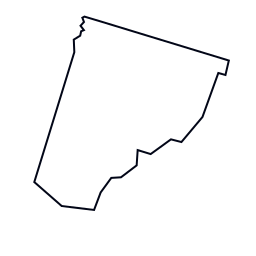 Gilpin, Colorado, United States of America (orthographic projection), rotated 287°
{"feature_id": "52423323B33971175685434", "entity_name": "Gilpin", "entity_type": "district", "adm_level": 2, "iso_a3": "USA", "parent_name": "United States of America", "parent_adm1": "Colorado", "projection": "orthographic", "projection_center": [-105.517, 39.842], "detail": "fine", "context": "isolated", "style": "outline", "palette": "ink", "viewbox_px": 256, "rotation_deg": 287, "n_neighbors": 0, "source": "geoboundaries", "source_scale": "gbopen_adm2", "svg_char_len": 458}
<svg xmlns="http://www.w3.org/2000/svg" viewBox="0 0 256 256"><g transform="rotate(287 128 128)"><path d="M39.7,119.5L58.4,120.7L75.4,126.6L78.8,135.7L94.8,147.2L109.7,143.7L109.7,157.3L129.7,172.4L130.2,183.2L160.3,196.0L207.0,198.3L207.2,205.7L222.0,204.7L221.9,70.1L221.8,53.8L220.1,52.1L216.5,54.9L211.9,52.7L208.7,57.2L206.8,54.9L202.3,55.3L196.7,50.3L184.8,54.5L48.9,54.2L34.0,87.4L39.7,119.5Z" fill="none" stroke="#020617" stroke-width="2"/></g></svg>